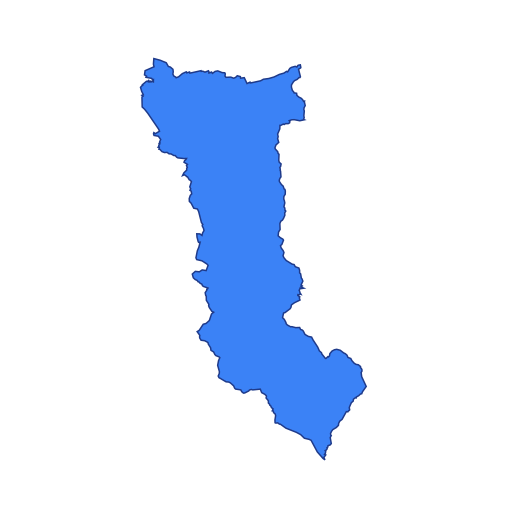 Barbatesti, Vâlcea, Romania (Mercator projection), rotated 169°
{"feature_id": "2599482B91105393466893", "entity_name": "Barbatesti", "entity_type": "district", "adm_level": 2, "iso_a3": "ROU", "parent_name": "Romania", "parent_adm1": "Vâlcea", "projection": "mercator", "projection_center": [24.104, 45.179], "detail": "fine", "context": "isolated", "style": "filled", "palette": "blue", "viewbox_px": 512, "rotation_deg": 169, "n_neighbors": 0, "source": "geoboundaries", "source_scale": "gbopen_adm2", "svg_char_len": 6115}
<svg xmlns="http://www.w3.org/2000/svg" viewBox="0 0 512 512"><g transform="rotate(169 256 256)"><path d="M318.6,469.3L320.1,463.9L320.0,461.2L329.5,459.1L330.9,455.1L329.1,453.4L329.9,452.4L324.6,450.3L324.2,449.8L324.2,448.7L323.0,448.8L323.5,446.5L324.7,447.2L325.7,446.9L326.6,448.0L327.0,447.1L328.5,447.5L328.4,448.1L328.1,448.1L328.2,448.6L328.6,448.2L330.2,448.4L334.9,445.8L334.7,445.1L335.5,444.9L337.2,443.6L336.8,439.4L335.8,435.7L337.4,435.5L336.6,434.4L337.2,434.3L337.7,433.4L339.3,424.0L337.4,421.4L335.0,416.8L327.5,399.4L326.9,396.9L331.4,395.3L332.7,396.6L333.3,395.5L333.1,393.8L329.0,392.2L327.3,388.6L329.0,386.1L328.6,385.3L329.7,384.8L329.3,384.1L330.3,383.3L330.4,382.3L331.3,381.5L330.2,381.1L330.9,379.3L330.0,379.0L328.4,376.4L326.1,375.0L323.5,374.7L321.9,372.9L319.9,372.4L317.5,370.3L316.1,370.0L315.0,368.1L313.9,367.2L308.1,365.4L305.6,365.0L306.4,364.0L307.9,363.2L308.8,361.8L305.8,359.0L307.0,358.0L306.5,356.1L307.3,355.4L307.6,353.6L310.9,351.4L312.7,349.0L310.9,349.4L309.6,348.3L309.0,347.2L308.1,346.7L307.0,343.6L306.0,342.8L305.2,341.3L307.8,336.5L307.3,334.4L308.3,333.1L307.2,332.0L307.3,329.2L308.9,328.1L310.6,325.1L311.0,322.3L309.6,320.2L308.0,314.8L304.5,313.3L303.8,310.4L303.2,299.3L302.2,297.1L302.9,296.5L303.0,295.6L302.3,293.2L302.2,290.9L304.1,288.7L305.1,286.5L306.9,288.4L309.9,289.1L310.3,285.8L310.0,281.1L309.7,280.3L308.2,280.2L310.4,275.6L312.6,272.3L315.3,265.7L314.9,263.8L310.0,261.6L305.8,257.6L304.8,256.0L307.7,251.2L311.5,252.6L314.6,251.3L318.5,252.5L322.0,250.4L321.7,246.6L320.2,244.5L318.5,243.3L317.7,241.7L317.1,241.6L316.0,239.8L314.6,238.8L314.2,237.1L313.5,236.2L309.2,233.7L310.0,232.8L310.7,232.7L310.9,231.7L312.9,229.7L312.9,226.9L312.5,226.0L313.2,222.0L311.5,217.5L312.0,216.2L311.7,214.4L309.9,210.1L308.3,208.9L310.7,207.6L314.1,201.6L317.9,199.3L320.8,199.1L325.9,193.9L328.2,193.0L326.3,188.8L326.8,187.5L326.9,186.3L326.0,183.8L322.5,182.6L319.7,180.3L319.6,178.5L318.1,174.6L318.2,172.0L315.9,169.9L315.2,167.2L314.4,165.9L311.5,164.0L310.9,163.1L312.7,160.5L314.5,156.0L314.0,149.5L314.5,147.6L316.0,145.4L315.6,143.7L309.4,138.2L306.9,137.5L305.5,136.5L302.7,132.8L302.2,130.4L301.5,129.3L296.5,127.5L295.9,125.5L294.5,123.8L293.2,123.7L288.9,124.9L288.0,125.7L286.1,125.9L284.8,125.2L277.2,124.5L276.5,120.8L273.8,118.6L272.6,117.0L272.5,116.3L273.2,114.7L271.5,111.6L271.9,109.3L271.0,108.0L270.9,106.9L270.1,106.0L269.8,104.3L268.4,102.6L269.6,100.9L268.6,100.5L268.6,98.9L267.3,97.2L267.2,95.5L268.7,91.4L269.1,88.7L268.4,88.2L266.6,88.1L265.1,86.5L264.1,86.2L259.5,81.3L250.0,75.2L246.2,72.1L243.3,67.9L238.9,65.9L237.1,64.6L233.2,52.0L228.9,44.6L227.2,42.7L227.8,45.3L225.5,47.4L226.6,48.2L225.6,49.0L224.9,50.7L225.2,51.8L224.4,51.9L222.9,53.2L222.9,54.3L222.0,54.7L221.5,56.1L219.2,56.4L217.9,57.5L217.8,63.6L216.4,65.4L216.8,65.9L216.7,67.6L215.2,69.6L213.8,70.9L209.9,72.3L207.4,74.0L206.8,76.0L205.3,77.9L202.7,79.2L197.0,86.0L195.6,85.5L194.6,86.5L194.1,86.5L193.4,87.1L193.4,89.3L192.9,90.2L190.4,93.8L188.3,95.0L187.7,96.8L185.7,97.8L184.7,97.6L184.5,98.4L181.8,99.3L179.8,100.6L178.5,100.6L177.4,102.4L172.7,106.9L175.3,117.4L175.0,121.7L174.1,122.5L173.7,123.9L173.9,125.1L174.7,126.6L174.5,127.6L176.3,129.7L178.6,130.6L180.2,132.2L181.9,135.1L182.5,137.3L185.1,138.9L185.6,141.3L187.0,143.1L188.5,144.2L191.3,147.4L194.6,149.0L196.9,149.0L199.5,148.2L202.1,146.1L202.9,144.0L204.1,143.1L204.6,143.5L206.8,142.1L207.4,142.2L210.0,147.1L210.2,148.6L211.9,150.8L212.8,154.8L216.0,162.7L216.9,165.8L220.0,167.1L222.9,169.7L223.9,173.3L224.7,174.5L226.3,175.4L226.8,177.5L230.7,178.1L234.3,179.8L235.5,179.9L238.4,182.3L239.3,183.8L239.3,185.0L240.3,188.3L241.7,190.4L239.8,194.8L238.3,194.9L232.6,197.7L231.5,198.9L230.5,201.3L227.1,202.8L221.2,204.4L221.5,206.7L220.8,207.5L222.5,209.3L222.2,210.1L221.3,209.7L220.1,210.3L219.2,209.8L219.9,211.8L219.9,213.1L220.2,214.0L218.8,216.1L218.3,215.4L215.3,215.3L216.9,216.4L217.5,217.4L216.3,217.8L217.3,218.9L214.8,222.4L215.2,224.8L215.7,225.7L215.6,230.0L216.4,231.1L215.9,233.7L216.2,236.0L219.5,238.0L220.2,240.3L222.2,241.2L227.2,245.8L229.0,249.2L229.4,251.1L227.9,254.1L228.3,256.0L229.8,259.3L230.0,261.5L228.4,262.4L226.0,266.3L226.4,267.4L228.8,269.5L230.4,271.6L229.3,275.2L227.3,277.4L226.4,283.3L225.0,285.4L223.2,286.2L221.8,287.7L219.9,290.5L219.6,292.9L218.3,294.2L218.3,294.8L218.8,295.2L218.6,297.7L219.2,299.0L217.6,302.6L217.6,305.0L217.9,306.5L217.3,309.1L215.5,311.1L214.8,314.2L214.9,315.9L215.6,316.4L216.0,319.4L217.4,321.3L218.8,324.6L218.7,326.0L217.7,327.7L216.4,328.9L215.7,334.7L216.0,335.6L215.6,336.5L215.7,338.4L214.8,339.1L213.8,341.6L215.3,343.6L215.4,345.6L214.0,351.5L214.7,352.4L214.8,354.3L216.6,357.3L216.8,358.5L215.3,361.1L212.0,363.2L212.4,367.1L211.5,368.9L211.5,371.6L208.4,376.2L207.6,379.6L207.1,379.4L204.0,380.3L203.3,379.7L201.7,380.3L199.1,379.8L197.6,380.3L197.1,381.5L197.6,382.5L194.9,382.9L192.4,382.5L187.2,380.4L182.6,380.5L183.3,381.0L182.3,382.6L182.3,384.4L180.9,389.2L181.1,390.6L180.5,392.4L179.0,394.2L179.1,397.9L178.8,398.8L179.8,398.7L180.4,400.6L181.6,402.3L183.6,403.8L185.2,405.8L185.1,408.0L187.5,408.9L187.7,409.9L188.7,411.6L189.0,415.1L188.5,417.2L186.2,419.7L184.7,420.8L181.9,421.5L179.8,422.9L178.8,422.8L178.2,423.4L178.6,431.3L176.3,432.1L176.0,432.6L176.0,435.2L178.2,435.2L179.1,434.6L179.3,434.0L180.1,433.8L181.3,434.7L185.2,434.4L187.0,433.7L189.8,430.7L190.8,431.4L193.7,430.2L198.4,429.8L204.1,428.3L209.6,427.8L215.0,428.1L218.1,427.1L227.6,426.9L228.6,427.0L228.7,427.8L231.9,427.0L233.5,433.3L237.2,433.5L237.1,435.1L240.0,436.5L242.0,435.2L244.0,434.8L246.6,436.4L251.4,437.1L252.1,438.5L251.4,440.7L251.7,441.8L254.3,442.5L258.2,445.0L260.9,445.0L263.9,443.6L264.5,445.0L265.4,444.6L266.1,445.1L267.9,444.2L267.0,445.1L267.5,446.6L266.7,447.0L271.0,446.2L272.9,447.5L274.6,447.7L274.6,448.4L286.0,448.1L286.1,449.3L289.0,449.0L289.2,450.0L289.7,450.0L293.5,449.1L297.7,446.7L300.4,446.2L300.7,447.0L302.3,448.3L302.9,450.4L302.1,452.6L301.9,455.1L304.0,457.8L305.9,458.8L307.2,462.8L312.8,466.5L318.6,469.3Z" fill="#3b82f6" stroke="#1e3a8a" stroke-width="1.5"/></g></svg>